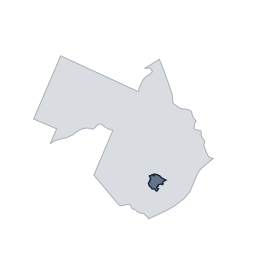 Sololá on a map of Guatemala (Natural Earth projection), rotated 293°
{"feature_id": "GTM-1954", "entity_name": "Sololá", "entity_type": "Department", "adm_level": 1, "iso_a3": "GTM", "parent_name": "Guatemala", "parent_adm1": "", "projection": "natural_earth1", "projection_center": [-91.246, 14.721], "detail": "fine", "context": "in_parent", "style": "filled", "palette": "slate", "viewbox_px": 256, "rotation_deg": 293, "n_neighbors": 0, "source": "natural_earth", "source_scale": "10m", "svg_char_len": 2616}
<svg xmlns="http://www.w3.org/2000/svg" viewBox="0 0 256 256"><g transform="rotate(293 128 128)"><path d="M52.4,182.5L53.4,181.4L54.3,178.8L55.3,176.1L54.7,173.0L54.3,170.4L55.5,166.8L55.4,164.0L55.9,162.3L57.6,161.2L58.5,159.1L53.6,151.9L53.6,150.2L54.3,148.2L58.3,140.5L63.0,131.3L68.2,121.1L71.3,115.0L82.7,115.0L90.3,115.0L99.8,115.0L110.2,115.0L117.1,115.0L119.9,114.9L119.4,111.0L119.8,106.6L121.0,102.6L121.0,100.8L119.0,98.7L115.0,97.4L112.8,95.5L112.8,93.1L111.9,90.2L109.9,86.8L106.0,83.3L100.0,79.7L94.8,74.9L90.6,68.9L87.0,65.0L84.3,63.4L83.6,62.5L91.7,62.6L99.3,62.7L99.4,54.0L99.4,46.4L99.4,37.7L113.2,37.7L129.7,37.7L146.8,37.8L160.2,37.8L168.1,37.8L167.8,48.5L167.4,61.0L167.1,70.1L166.8,82.3L166.4,94.8L165.8,111.8L165.5,122.8L165.7,123.1L170.2,122.5L176.8,123.0L178.4,123.0L180.5,123.9L182.1,124.2L185.4,126.7L189.4,128.6L191.9,124.8L190.6,122.5L189.6,121.4L189.7,120.3L203.6,130.1L201.9,131.6L198.4,135.1L192.1,141.1L186.4,146.4L180.9,151.3L176.0,155.7L175.4,156.1L169.2,159.2L168.1,160.6L166.8,166.8L166.2,168.3L167.3,171.7L168.5,177.0L168.1,179.8L163.8,183.2L161.8,186.3L160.9,188.2L160.1,187.7L158.8,187.6L155.7,188.3L154.2,188.5L153.0,189.4L152.8,191.3L153.7,194.4L154.0,196.0L153.1,196.7L149.3,198.6L147.8,200.4L146.3,203.2L144.7,204.4L142.9,204.2L141.7,204.6L139.0,206.8L135.1,210.9L132.9,213.9L132.9,216.2L133.3,218.3L118.8,211.0L113.9,209.8L93.6,209.9L84.8,207.1L74.9,201.6L68.1,196.5L52.4,182.5Z" fill="#d9dde1" stroke="#a8b0b8" stroke-width="1"/><path d="M95.8,170.1L95.9,170.4L96.5,173.7L96.2,174.5L96.3,175.7L95.5,177.8L95.2,178.3L95.1,178.7L95.1,179.6L94.8,183.2L93.3,181.9L92.8,181.5L92.4,181.4L92.2,181.3L91.8,181.3L91.5,181.4L90.4,182.0L89.6,182.1L89.4,182.0L89.4,181.9L89.4,181.7L89.4,181.2L89.5,181.1L89.4,180.7L89.4,180.3L89.3,180.1L89.1,179.9L88.1,178.8L87.7,178.3L87.4,178.2L87.0,178.3L86.1,178.4L85.7,177.8L85.1,177.5L84.8,177.5L84.6,177.6L84.3,177.8L84.2,177.9L84.1,178.1L84.1,178.3L84.1,178.9L84.1,179.2L83.9,179.8L83.4,179.6L81.6,179.4L81.1,178.8L82.0,176.8L82.2,176.2L82.1,175.8L81.6,174.4L81.5,174.2L81.4,173.9L82.5,172.2L82.9,170.5L83.1,170.3L84.8,168.6L85.1,168.5L85.6,168.4L86.4,168.6L86.8,168.7L87.0,168.8L87.3,168.9L88.0,168.5L88.6,168.5L88.8,168.5L89.4,168.8L89.5,168.8L89.8,168.8L90.0,168.7L90.4,168.6L90.9,168.0L91.4,167.2L92.2,166.4L92.6,166.6L92.8,167.2L93.2,167.9L93.4,168.1L93.5,168.1L93.8,168.2L94.0,168.2L94.4,168.4L94.6,168.6L94.7,168.8L94.6,169.0L94.4,169.2L94.1,169.6L94.0,169.9L94.0,170.1L94.1,170.6L94.2,170.8L94.3,170.9L94.5,170.9L94.7,170.7L94.8,170.7L95.0,170.0L95.2,169.8L95.8,170.1Z" fill="#64748b" stroke="#1e293b" stroke-width="1.5"/></g></svg>